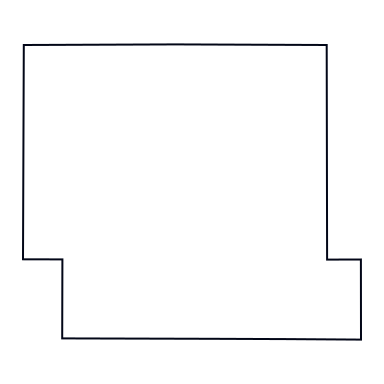 Shelby, Iowa, United States of America (Natural Earth projection)
{"feature_id": "52423323B47496055628600", "entity_name": "Shelby", "entity_type": "district", "adm_level": 2, "iso_a3": "USA", "parent_name": "United States of America", "parent_adm1": "Iowa", "projection": "natural_earth1", "projection_center": [-95.264, 41.684], "detail": "fine", "context": "isolated", "style": "outline", "palette": "ink", "viewbox_px": 384, "rotation_deg": 0, "n_neighbors": 0, "source": "geoboundaries", "source_scale": "gbopen_adm2", "svg_char_len": 264}
<svg xmlns="http://www.w3.org/2000/svg" viewBox="0 0 384 384"><path d="M361.0,339.6L360.9,259.5L327.1,259.6L326.7,45.0L175.4,44.4L23.8,45.0L23.0,259.3L62.4,259.4L62.2,338.4L211.6,338.8L286.5,339.1L361.0,339.6Z" fill="none" stroke="#020617" stroke-width="2"/></svg>